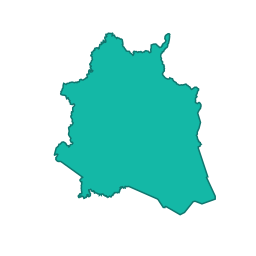 Catacamas, Olancho, Honduras, rotated 166°
{"feature_id": "27666195B98073695243909", "entity_name": "Catacamas", "entity_type": "district", "adm_level": 2, "iso_a3": "HND", "parent_name": "Honduras", "parent_adm1": "Olancho", "projection": "natural_earth1", "projection_center": [-85.508, 14.563], "detail": "fine", "context": "isolated", "style": "filled", "palette": "teal", "viewbox_px": 256, "rotation_deg": 166, "n_neighbors": 0, "source": "geoboundaries", "source_scale": "gbopen_adm2", "svg_char_len": 5854}
<svg xmlns="http://www.w3.org/2000/svg" viewBox="0 0 256 256"><g transform="rotate(166 128 128)"><path d="M118.7,221.2L119.1,221.5L121.1,221.3L120.9,221.9L120.2,222.6L119.9,223.4L120.1,223.7L120.7,223.5L124.2,224.7L125.4,223.9L126.6,224.3L127.1,223.6L126.4,222.3L126.5,221.9L127.0,221.6L128.2,221.9L128.6,221.4L128.8,220.6L128.4,218.5L128.6,217.2L129.0,216.6L129.9,216.9L130.2,218.7L130.7,219.0L131.2,218.1L130.8,217.1L131.0,216.7L132.5,216.5L132.7,217.4L133.2,217.5L133.3,215.6L133.8,215.4L134.7,215.9L135.2,215.7L136.0,213.8L136.7,213.3L136.7,212.3L137.0,212.0L137.5,212.0L138.1,213.0L138.8,213.4L140.9,213.3L141.2,212.9L141.2,211.9L141.7,211.4L142.5,211.7L143.7,210.4L145.0,210.2L145.1,208.2L146.2,207.8L146.6,207.1L145.6,206.0L146.0,204.2L146.0,202.9L147.2,202.0L147.7,200.9L148.5,200.3L148.6,199.7L149.4,199.5L149.7,199.0L149.6,198.2L148.7,196.9L148.9,196.5L149.9,196.3L149.9,195.2L149.4,194.3L149.7,192.9L148.5,192.5L148.3,192.0L149.2,191.3L150.6,191.3L150.9,192.0L150.6,193.4L151.2,193.7L151.8,193.5L152.4,192.6L152.8,190.9L152.7,190.0L154.7,190.0L155.1,189.5L155.0,187.4L155.3,186.8L156.4,187.0L156.9,186.4L160.0,185.4L161.0,185.7L161.6,186.5L162.2,186.6L163.3,186.3L163.6,185.4L164.1,184.7L166.3,184.9L166.6,184.4L167.8,185.1L168.9,184.9L171.2,186.1L172.6,186.0L173.4,186.2L174.5,185.7L176.3,186.0L177.5,185.2L179.6,186.9L180.6,185.1L181.3,182.7L182.5,181.6L183.0,180.3L184.2,179.6L184.2,178.8L185.0,177.6L184.9,176.7L183.5,175.8L181.8,175.2L180.6,174.4L180.4,171.1L179.9,171.2L179.2,171.9L178.8,171.8L178.7,170.5L178.3,169.3L177.8,168.6L178.5,167.7L177.8,166.7L178.1,165.1L176.4,164.2L174.7,164.6L174.2,163.3L174.5,162.7L176.7,161.1L177.2,159.3L177.4,157.4L177.8,157.0L178.8,157.3L179.4,155.8L179.5,154.1L180.6,153.4L180.7,152.1L179.9,149.7L180.7,147.6L180.0,146.5L180.2,145.8L181.7,144.4L183.0,144.8L183.4,143.4L184.9,143.2L185.6,142.5L185.8,139.2L187.2,136.4L187.1,135.1L185.9,131.8L187.0,130.3L186.7,128.4L186.5,127.9L185.7,127.8L185.3,127.4L185.2,126.6L186.2,125.7L187.9,125.8L189.2,124.3L189.9,124.0L190.1,125.2L191.5,125.8L192.1,128.1L192.8,129.0L194.0,130.1L195.6,130.2L197.6,128.8L198.9,128.9L200.0,127.2L202.5,126.0L205.9,119.7L205.7,119.4L203.2,119.9L202.5,119.3L204.0,117.4L205.2,116.6L205.1,115.8L205.6,115.3L205.4,114.4L204.8,113.3L203.8,112.4L201.3,111.8L183.9,91.2L184.8,90.7L185.5,90.7L186.0,89.9L186.8,89.6L187.2,89.1L187.2,88.5L186.8,87.3L186.0,87.1L185.9,86.8L186.6,84.5L187.4,83.2L187.3,82.4L187.6,81.5L188.0,81.0L187.9,80.3L188.3,78.5L188.3,77.1L188.6,76.1L189.0,75.5L190.2,75.9L190.9,75.6L191.2,74.9L192.4,74.5L192.8,73.6L192.6,72.5L192.3,72.4L192.1,73.2L190.6,72.4L190.0,72.7L189.9,73.3L189.4,72.8L188.6,72.7L187.8,71.4L187.8,70.4L187.1,70.4L185.9,71.1L185.4,70.8L184.3,71.7L184.0,73.0L183.1,73.2L182.8,72.8L183.2,71.4L182.7,70.8L181.8,70.9L181.0,71.5L180.6,72.2L180.7,73.0L180.3,73.5L181.0,75.1L180.6,75.4L181.3,76.6L181.1,77.3L180.8,77.1L179.0,77.5L178.3,75.4L177.6,75.0L177.2,75.2L176.9,74.7L176.5,75.2L176.3,75.0L175.8,73.9L176.1,73.0L175.4,73.1L174.0,72.3L173.0,71.2L172.1,71.1L171.8,70.4L172.0,69.7L171.0,70.2L170.4,70.1L170.1,69.5L169.9,70.3L169.4,70.0L168.5,70.1L167.9,69.5L167.7,68.6L166.5,67.9L166.5,67.4L165.5,67.5L165.3,66.4L164.5,66.2L164.3,65.6L162.3,66.3L161.2,65.2L159.4,66.7L158.9,66.4L158.2,67.5L157.5,67.6L156.8,68.6L156.1,68.2L155.6,68.4L154.5,68.1L154.1,67.7L153.8,68.0L152.3,67.5L152.1,68.1L151.6,68.4L151.1,69.9L150.6,70.0L150.6,70.5L149.5,71.0L149.6,71.3L149.3,71.4L150.0,72.0L149.4,72.4L148.8,72.5L148.3,72.0L147.6,72.3L147.0,70.9L146.5,71.2L145.3,70.5L145.2,71.7L144.9,72.0L143.5,71.4L141.3,71.1L116.7,52.1L116.1,51.3L113.0,42.4L111.4,41.9L110.9,42.7L110.2,42.7L98.4,31.3L93.6,32.4L82.7,40.7L81.3,40.8L80.1,40.4L74.6,36.5L60.6,37.9L59.9,40.8L63.8,61.0L62.9,61.5L62.4,61.4L64.7,91.5L64.3,92.8L62.7,92.8L62.2,93.7L60.9,94.5L61.6,95.2L61.4,96.4L62.3,97.1L62.4,97.8L62.8,98.0L62.6,98.9L63.3,100.5L63.1,100.7L63.0,102.9L63.4,104.4L62.2,105.3L61.8,107.3L59.2,110.5L56.3,115.9L56.8,125.6L54.8,128.0L52.9,129.5L52.4,130.9L52.1,131.0L51.6,132.7L52.0,134.5L52.9,135.6L54.8,134.9L56.2,136.2L56.4,136.9L55.8,137.9L55.6,139.7L55.1,140.9L54.6,141.0L53.5,141.7L53.5,142.1L54.1,142.6L54.0,143.3L52.5,144.9L51.7,146.7L50.3,147.8L50.1,148.9L50.9,149.5L51.6,150.9L53.3,151.4L56.9,150.0L57.5,150.8L58.2,153.0L59.0,153.5L59.6,154.7L60.4,155.1L60.7,156.1L61.2,156.6L64.6,156.5L65.9,157.0L67.5,157.0L68.5,157.7L69.0,158.4L70.2,159.2L70.3,160.4L72.2,162.2L72.9,164.1L72.9,165.0L74.6,165.9L75.3,166.6L76.1,165.7L77.5,165.8L79.6,167.4L81.3,170.7L81.5,172.2L79.6,174.4L79.0,174.5L78.7,175.8L78.9,176.1L78.2,177.0L78.5,177.8L78.4,178.4L78.0,178.6L78.2,179.5L77.8,180.2L79.1,181.8L78.4,183.8L78.8,184.3L79.4,186.3L78.9,186.9L78.7,187.6L79.1,188.9L78.5,191.0L77.8,192.1L76.7,192.6L76.2,193.6L75.0,193.5L74.2,194.8L73.7,195.0L72.7,196.0L72.4,195.9L71.7,196.5L70.7,196.7L70.0,197.4L69.4,198.7L69.5,199.6L68.4,200.1L67.4,202.0L67.6,202.3L66.8,203.2L65.5,206.6L65.4,207.7L64.8,208.7L65.4,209.6L66.6,209.7L67.7,209.2L68.2,209.2L69.8,208.0L70.6,205.9L70.5,204.9L70.0,203.9L70.7,202.7L71.4,202.1L74.0,201.0L74.2,200.5L74.7,200.2L74.7,199.5L75.3,199.1L75.6,199.2L76.1,198.5L77.9,198.4L78.2,198.7L78.4,199.6L79.8,201.0L80.0,202.1L80.9,202.8L82.9,203.2L85.4,202.9L86.2,199.7L86.9,199.0L87.3,196.5L87.6,196.1L88.8,195.8L89.4,196.4L89.4,197.1L89.8,197.6L91.3,198.2L91.9,198.7L93.0,198.5L93.9,197.8L94.4,198.0L96.0,197.7L97.0,199.1L97.8,198.8L99.1,199.4L100.1,198.9L101.4,200.2L102.7,200.4L103.5,201.0L104.6,200.2L104.2,199.5L104.2,198.8L105.0,198.1L105.2,197.5L105.6,197.3L106.0,198.4L107.7,200.2L108.1,202.0L110.0,202.6L111.0,203.2L111.5,205.2L112.0,205.6L112.3,207.3L113.1,208.2L113.2,210.4L112.6,210.6L112.6,211.9L112.3,212.6L112.5,213.5L112.2,214.6L112.4,215.3L113.1,216.0L113.7,215.9L115.0,217.4L115.9,217.8L116.3,218.3L117.4,217.7L117.6,218.6L118.8,219.9L118.7,221.2Z" fill="#14b8a6" stroke="#0f766e" stroke-width="1.5"/></g></svg>